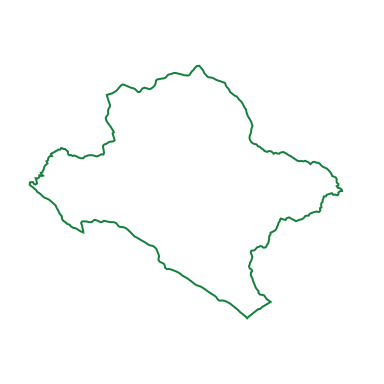 outline of Nova Olinda, Tocantins, Brazil, rotated 311°
{"feature_id": "56859067B86492414525481", "entity_name": "Nova Olinda", "entity_type": "district", "adm_level": 2, "iso_a3": "BRA", "parent_name": "Brazil", "parent_adm1": "Tocantins", "projection": "equal_earth", "projection_center": [-48.366, -7.652], "detail": "fine", "context": "isolated", "style": "outline", "palette": "green", "viewbox_px": 384, "rotation_deg": 311, "n_neighbors": 0, "source": "geoboundaries", "source_scale": "gbopen_adm2", "svg_char_len": 5673}
<svg xmlns="http://www.w3.org/2000/svg" viewBox="0 0 384 384"><g transform="rotate(311 192 192)"><path d="M90.2,136.5L91.5,135.2L92.9,133.0L94.3,131.4L95.1,130.0L95.9,128.6L97.7,128.4L99.5,130.3L100.8,132.2L101.8,134.2L103.1,135.8L104.9,136.3L106.7,136.5L107.7,137.8L108.5,139.8L109.1,142.4L110.6,143.9L112.5,144.3L113.9,147.0L115.3,149.6L116.6,151.3L117.7,152.4L118.7,154.8L118.5,156.9L118.0,158.6L118.4,160.8L119.6,162.1L120.5,163.5L121.2,165.1L121.5,167.4L121.4,169.4L121.3,171.6L121.0,174.9L120.8,178.1L121.5,180.5L121.9,183.1L122.4,185.8L123.0,188.4L123.3,190.5L123.5,192.4L123.9,194.5L124.7,196.2L125.7,198.1L125.9,200.4L125.5,202.8L124.1,205.4L123.1,207.5L121.8,209.4L119.8,210.4L118.6,211.5L118.2,213.8L119.1,216.4L119.3,218.4L118.5,219.8L117.2,221.5L117.3,223.7L118.7,225.0L119.7,226.9L120.8,229.8L121.8,232.6L122.4,235.1L122.6,237.2L122.6,239.7L123.1,242.1L123.7,244.6L123.9,248.0L124.2,250.3L124.2,252.2L124.3,254.4L124.6,256.5L125.6,258.7L126.4,260.9L126.8,263.4L127.2,266.3L127.3,268.8L127.6,270.6L127.8,272.4L128.1,274.3L128.5,276.6L128.6,279.1L128.0,281.1L127.8,283.3L128.8,285.0L130.0,285.9L131.2,288.0L132.1,290.6L132.8,293.9L132.9,297.0L133.0,299.6L133.1,301.8L133.1,304.2L132.9,306.8L133.0,309.3L133.1,311.9L133.2,314.3L132.9,316.5L134.7,316.5L147.0,318.8L148.5,320.1L151.3,320.4L160.6,323.5L160.5,321.5L160.1,318.8L160.8,316.2L161.3,314.4L160.5,312.7L159.2,310.4L159.5,308.3L160.9,307.2L161.1,304.9L161.8,302.5L163.1,300.1L164.2,298.0L165.0,296.2L166.3,294.7L167.0,292.7L167.9,290.8L169.9,289.3L171.6,289.5L172.5,287.7L172.3,285.6L173.2,283.8L175.4,283.0L177.1,282.0L178.6,282.0L180.6,281.1L182.5,280.1L183.6,278.5L184.7,276.1L186.7,275.3L188.4,277.0L189.8,277.5L191.6,277.4L193.3,277.5L194.6,278.5L195.9,279.0L196.8,280.3L196.7,282.2L198.3,283.8L199.9,283.8L201.4,283.2L203.5,283.1L205.5,282.0L207.5,280.8L209.4,279.2L211.2,279.2L212.8,278.0L214.2,278.7L215.9,279.3L217.7,280.0L220.0,279.7L221.8,279.0L223.3,278.7L225.2,277.6L227.3,277.5L229.0,276.6L230.3,276.5L231.1,278.7L232.3,280.9L234.5,280.7L236.5,281.9L237.1,284.7L237.8,287.4L238.2,289.7L240.5,290.8L242.0,291.6L243.6,292.9L246.0,293.4L248.0,293.2L249.4,294.1L250.8,295.6L252.5,295.1L254.5,296.0L255.9,296.7L257.4,297.7L259.0,298.8L260.1,301.0L262.2,301.0L263.7,299.2L265.3,299.8L267.0,297.9L268.3,297.0L270.1,297.1L271.8,295.8L273.5,295.4L275.1,294.4L276.5,295.9L278.1,295.5L279.6,296.3L281.1,297.2L282.9,298.4L282.5,300.5L283.8,301.4L285.0,304.0L286.4,304.0L287.7,302.8L289.7,303.2L291.2,304.6L292.1,303.3L291.8,301.0L290.9,299.3L291.4,297.4L292.8,298.1L294.1,297.3L294.1,295.1L295.3,293.7L296.5,293.0L297.3,291.0L296.7,289.0L296.0,287.1L297.2,285.3L297.7,283.2L298.0,281.0L298.2,278.6L297.5,276.3L296.9,274.1L296.9,271.6L297.2,269.8L296.9,268.1L295.8,266.7L295.2,264.8L294.1,263.6L292.5,263.3L290.7,263.1L290.7,260.0L289.8,256.9L288.4,256.2L287.2,254.3L285.6,252.7L284.7,250.9L284.5,248.3L284.1,245.8L283.8,243.0L283.2,240.8L282.9,238.1L282.1,234.7L279.8,232.9L278.1,232.7L277.1,231.1L276.2,229.1L274.5,228.6L274.7,225.3L273.4,223.2L271.7,222.5L270.5,220.0L270.8,218.1L270.5,216.0L270.6,213.3L269.7,211.9L270.3,209.6L269.1,207.4L268.6,205.6L268.7,203.5L269.3,201.8L270.3,200.1L272.3,198.7L274.4,198.0L276.5,197.0L278.0,195.8L280.0,194.8L281.7,194.2L282.5,192.6L283.8,190.7L284.8,187.9L285.7,185.0L286.9,182.5L288.2,180.5L289.8,178.5L290.2,176.3L291.0,174.4L291.9,172.3L292.6,169.8L292.6,167.0L293.1,164.8L293.4,163.0L292.8,161.3L292.6,159.5L292.6,157.3L292.4,155.5L293.1,153.8L293.9,151.7L294.0,149.4L294.7,147.5L296.0,145.4L294.9,142.6L294.1,140.6L293.4,138.9L292.6,137.0L292.1,134.6L291.7,132.7L290.5,130.7L289.3,129.0L289.3,127.0L289.5,125.3L289.9,123.0L291.1,120.4L291.6,117.8L292.0,114.7L290.3,113.1L288.6,112.9L287.0,112.8L285.4,113.1L283.2,112.8L280.8,113.0L278.8,113.3L277.5,112.8L276.3,111.3L275.0,109.4L274.0,107.1L273.2,105.7L272.5,104.2L271.3,102.0L270.2,100.3L268.8,99.6L267.3,98.8L265.9,97.7L264.5,97.0L262.8,97.0L260.9,97.1L259.0,96.0L257.6,94.6L256.2,93.6L254.3,92.0L252.6,91.7L250.8,92.9L249.4,93.5L247.6,94.0L245.5,93.8L243.6,93.4L242.1,92.9L240.9,90.6L239.6,87.8L237.4,86.6L235.3,86.9L233.2,86.9L232.0,85.5L232.2,83.5L232.3,81.3L231.6,79.2L230.6,77.5L230.1,75.7L229.3,73.4L228.6,70.8L227.7,69.2L226.0,68.5L224.3,68.5L222.6,68.5L221.1,68.6L219.1,68.5L216.6,67.9L214.4,67.2L212.7,66.2L211.2,65.2L209.4,64.1L208.2,65.7L207.0,67.7L206.1,69.1L205.2,70.6L204.1,72.8L202.3,74.1L200.4,74.3L198.2,75.3L196.2,77.4L194.1,77.9L192.5,77.8L191.2,78.4L189.9,80.0L189.2,81.9L187.7,88.5L185.9,93.8L184.2,93.5L182.8,95.7L181.5,98.0L180.3,99.6L178.7,99.5L177.0,97.9L175.2,96.5L173.6,96.2L172.2,95.7L170.4,94.6L168.6,94.5L167.2,95.8L165.8,97.6L164.0,99.8L162.1,100.6L160.9,98.7L157.5,97.6L156.2,96.6L155.3,94.4L154.1,92.4L152.9,90.9L151.3,89.5L149.9,88.8L148.3,87.8L146.1,87.8L144.6,86.1L143.6,83.9L143.2,81.4L142.2,79.1L140.8,78.2L140.5,76.3L139.1,75.3L139.7,73.0L141.1,71.9L141.1,70.1L141.2,68.1L140.2,66.9L139.5,64.4L137.5,64.7L136.3,63.3L134.9,63.1L133.6,62.3L132.1,62.1L130.2,61.2L128.2,60.5L127.3,62.7L125.7,61.2L123.2,61.3L121.3,62.5L119.7,62.0L118.8,64.2L116.8,63.9L114.8,63.9L113.1,64.4L111.6,65.4L110.2,65.4L108.8,66.1L107.2,65.3L106.6,67.0L106.6,68.8L105.4,68.0L104.4,65.8L103.0,67.0L101.0,66.5L99.8,65.0L99.0,66.6L97.9,67.9L96.7,69.5L95.3,69.1L94.4,67.9L95.1,65.4L93.0,63.4L91.0,64.7L91.0,66.9L91.2,69.1L91.0,70.9L91.3,73.0L90.5,75.0L91.0,77.5L91.0,80.0L90.8,82.4L91.1,84.9L91.8,86.8L92.4,88.9L92.5,91.0L92.5,93.6L92.4,96.2L92.3,98.2L91.3,100.0L90.5,102.4L89.6,104.5L88.7,106.6L88.3,109.7L86.5,111.3L85.8,113.7L86.1,116.2L86.1,118.9L87.0,121.0L86.6,123.2L87.0,125.8L88.3,128.0L88.7,129.8L88.9,131.9L89.4,134.3L90.2,136.5Z" fill="none" stroke="#15803d" stroke-width="2"/></g></svg>